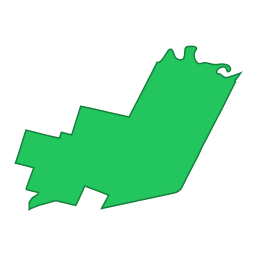 the district of Salcioara, Ialomita, Romania
{"feature_id": "2599482B59110009090263", "entity_name": "Salcioara", "entity_type": "district", "adm_level": 2, "iso_a3": "ROU", "parent_name": "Romania", "parent_adm1": "Ialomita", "projection": "robinson", "projection_center": [26.933, 44.559], "detail": "fine", "context": "isolated", "style": "filled", "palette": "green", "viewbox_px": 256, "rotation_deg": 0, "n_neighbors": 0, "source": "geoboundaries", "source_scale": "gbopen_adm2", "svg_char_len": 4056}
<svg xmlns="http://www.w3.org/2000/svg" viewBox="0 0 256 256"><path d="M101.5,208.5L113.7,205.9L118.3,204.9L123.5,203.8L124.0,203.6L124.3,203.6L130.5,202.3L135.2,201.3L137.6,200.7L139.8,200.2L142.7,199.7L147.6,198.6L148.6,198.4L149.7,198.2L151.0,197.9L151.5,197.8L152.7,197.6L153.8,197.3L155.1,197.0L156.0,196.8L157.7,196.5L159.5,196.1L161.4,195.7L162.3,195.5L162.7,195.4L164.2,195.1L164.9,194.9L165.4,194.8L165.9,194.7L166.7,194.5L167.9,194.3L169.2,194.0L170.5,193.7L171.3,193.6L172.1,193.4L172.8,193.2L173.0,193.2L173.6,193.0L175.4,192.6L176.3,192.3L177.6,191.6L178.2,191.3L179.2,190.5L180.1,189.7L180.7,189.1L181.0,188.9L182.1,186.8L182.4,186.2L182.6,185.8L182.9,185.2L183.5,184.0L188.1,174.9L192.5,166.4L197.6,156.5L197.9,155.9L199.0,153.6L202.0,147.1L203.3,144.5L206.6,138.4L209.5,132.7L211.9,128.0L213.6,124.8L218.5,115.3L219.0,114.5L219.4,113.8L219.6,113.4L220.1,112.7L220.1,112.4L223.1,106.5L226.1,100.5L233.3,86.0L233.4,85.9L235.5,81.7L235.4,81.6L235.0,81.2L235.1,80.8L235.3,80.5L235.3,80.4L235.3,80.2L235.1,80.1L234.9,80.0L234.9,79.8L235.0,79.7L235.4,79.5L235.5,79.5L235.7,79.4L235.9,79.4L236.1,79.2L236.3,79.0L237.0,78.1L238.1,76.7L238.5,76.1L238.7,75.8L240.6,73.0L240.4,73.1L238.2,73.9L236.8,74.3L235.0,75.1L232.7,75.9L231.6,76.2L229.7,76.8L228.6,77.2L227.8,77.4L227.0,77.5L226.1,77.5L225.2,77.4L224.3,77.1L223.4,76.6L222.1,75.7L221.3,75.0L220.7,74.6L220.3,74.1L219.8,73.9L219.3,73.8L218.8,73.9L218.4,74.1L218.1,74.0L217.6,73.7L217.2,73.5L217.0,73.2L216.7,72.5L216.7,72.0L216.8,71.4L217.1,70.5L217.5,69.8L218.2,69.0L219.0,68.3L219.7,67.9L220.7,67.5L221.5,67.3L222.2,67.1L222.8,67.0L223.6,66.9L224.3,67.0L225.1,67.4L225.8,68.0L226.3,68.7L226.8,70.2L226.9,70.7L227.3,71.2L227.6,71.6L228.0,71.7L228.4,71.7L228.9,71.6L229.4,71.3L229.7,70.9L230.0,70.5L230.4,69.8L230.5,69.1L230.5,68.5L229.9,67.2L229.4,66.5L228.9,66.0L228.0,65.3L227.0,64.9L225.8,64.5L224.4,64.3L222.4,64.1L221.1,64.1L218.8,64.3L216.2,64.6L213.7,64.5L212.3,64.3L208.5,63.3L207.7,63.2L206.9,63.0L205.3,62.8L203.7,62.8L202.7,63.0L201.4,63.4L200.3,63.7L199.5,63.7L199.0,63.6L198.4,63.5L197.7,63.0L197.0,62.5L196.4,61.7L195.9,60.9L195.4,60.2L195.0,59.3L194.6,58.3L194.3,57.3L194.2,56.4L194.1,54.9L194.3,53.6L194.6,52.2L195.1,51.2L195.9,49.9L196.4,49.3L196.6,48.8L196.4,48.0L195.7,47.3L195.0,46.9L194.4,46.6L193.8,46.5L193.2,46.4L192.1,46.4L191.0,46.4L189.2,46.4L188.0,46.5L186.6,46.9L186.2,47.1L185.9,47.4L185.6,47.8L185.3,48.5L185.0,49.8L184.8,51.8L184.7,52.8L184.7,53.9L184.6,55.0L184.3,56.4L184.0,57.5L183.6,58.4L183.3,58.9L182.5,59.4L181.4,59.7L180.3,59.9L179.2,59.8L178.3,59.5L177.5,59.1L176.7,58.5L175.7,57.9L175.1,57.2L174.4,55.3L174.0,54.2L173.1,52.1L172.4,50.3L172.1,49.9L171.4,49.5L170.7,49.3L170.2,49.3L169.5,49.6L168.8,50.1L168.1,50.7L167.7,51.4L167.3,52.0L166.9,52.7L166.2,53.5L165.7,54.3L164.8,55.8L164.1,56.9L163.4,57.9L162.5,59.1L161.9,59.9L161.2,60.7L160.5,61.3L159.5,61.9L158.6,62.3L157.5,62.5L157.0,62.4L156.3,63.9L156.0,64.6L153.2,70.1L150.6,75.3L150.4,75.5L148.5,79.2L146.7,83.0L146.5,83.3L146.3,83.7L146.2,83.9L145.7,84.8L139.4,97.1L133.0,109.4L131.1,113.2L129.1,116.9L129.1,117.0L113.4,113.5L111.5,113.1L102.5,111.0L92.8,108.8L83.4,106.8L80.8,106.3L80.7,106.3L71.7,134.9L71.3,134.8L61.3,132.3L59.5,138.2L47.9,135.6L47.4,135.5L26.0,130.1L17.9,155.8L15.4,163.1L17.0,163.5L19.2,164.0L21.3,164.5L33.8,167.8L30.7,176.2L30.6,176.4L26.2,188.4L26.4,189.6L26.7,189.6L26.8,189.6L28.1,190.0L32.6,191.1L38.3,192.5L37.9,194.4L36.7,195.1L35.3,196.0L34.2,196.7L32.7,197.6L32.4,197.8L31.5,199.1L30.9,200.0L29.9,201.3L29.3,202.2L29.3,203.2L29.3,204.1L29.3,205.9L29.2,209.6L29.6,209.3L30.1,208.9L30.3,208.8L31.7,208.2L32.9,207.7L36.3,206.3L38.6,205.4L39.1,205.2L40.6,204.8L43.0,204.2L45.5,203.5L48.7,202.6L51.1,201.9L53.0,201.4L54.3,201.1L55.6,200.7L55.8,200.7L61.4,202.0L75.8,205.4L79.2,198.3L80.6,195.2L83.0,190.0L83.3,189.1L84.1,187.3L84.6,186.1L85.5,186.2L87.6,187.1L89.5,187.8L90.8,188.3L93.0,189.1L96.5,190.4L98.7,191.2L100.8,192.0L103.1,193.0L106.2,194.2L108.7,195.2L105.8,200.5L104.0,203.9L102.1,207.3L101.5,208.5Z" fill="#22c55e" stroke="#15803d" stroke-width="1.5"/></svg>